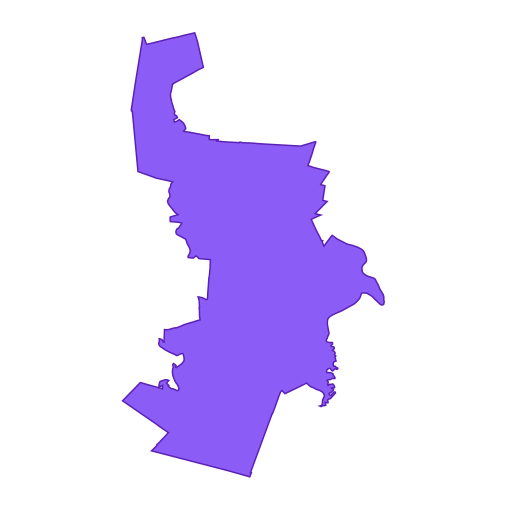 Schitu, Giurgiu, Romania, rotated 182°
{"feature_id": "2599482B69197751187645", "entity_name": "Schitu", "entity_type": "district", "adm_level": 2, "iso_a3": "ROU", "parent_name": "Romania", "parent_adm1": "Giurgiu", "projection": "natural_earth1", "projection_center": [25.835, 44.132], "detail": "fine", "context": "isolated", "style": "filled", "palette": "violet", "viewbox_px": 512, "rotation_deg": 182, "n_neighbors": 0, "source": "geoboundaries", "source_scale": "gbopen_adm2", "svg_char_len": 6131}
<svg xmlns="http://www.w3.org/2000/svg" viewBox="0 0 512 512"><g transform="rotate(182 256 256)"><path d="M377.3,470.3L377.1,468.3L382.6,424.6L385.7,398.0L385.5,396.6L384.8,396.6L384.2,393.0L376.9,336.3L358.3,330.3L345.0,327.9L342.0,327.2L343.6,324.8L343.8,322.6L344.1,321.6L344.9,320.4L345.1,319.7L345.3,317.7L345.2,316.9L344.1,314.0L344.0,313.1L344.6,311.3L345.2,310.7L345.6,310.0L346.3,307.9L345.8,305.8L344.6,303.9L338.2,296.4L335.3,294.6L336.5,294.1L340.5,292.9L343.0,292.0L343.2,291.6L343.2,290.9L342.9,287.4L335.0,287.0L331.4,286.4L331.6,285.8L331.6,285.3L333.1,283.3L334.0,281.6L335.9,280.3L336.5,279.2L336.9,277.7L336.5,275.5L335.7,274.8L334.6,274.2L327.7,270.8L327.1,270.4L326.4,269.3L325.1,265.8L322.8,261.9L321.9,259.3L322.1,257.2L322.8,255.5L323.9,253.4L323.9,252.7L323.7,252.1L318.8,251.7L317.4,252.7L316.3,253.9L315.0,253.4L314.0,252.7L313.3,251.6L312.8,251.4L301.4,250.8L301.6,245.0L301.4,244.5L301.9,234.9L302.1,233.4L302.3,232.8L303.1,211.0L303.5,210.7L304.8,210.9L306.6,211.8L308.5,212.5L312.4,213.2L311.7,210.5L311.4,210.3L311.2,209.3L310.9,204.8L310.6,202.3L311.0,202.3L310.6,199.2L310.4,194.8L310.2,192.9L309.6,190.3L325.7,184.8L327.7,183.7L332.3,181.7L336.0,181.0L340.9,179.4L342.9,179.2L344.9,179.3L344.9,166.7L345.9,167.1L346.7,168.5L347.3,169.4L348.1,169.5L348.9,169.8L349.9,169.9L349.6,168.2L350.0,166.1L350.1,164.9L349.4,163.0L347.8,161.7L346.6,161.1L343.5,159.0L338.7,156.7L333.8,154.8L332.0,153.8L331.2,153.8L328.0,155.5L326.8,155.9L325.9,155.9L325.5,155.7L325.2,155.1L324.4,152.0L324.2,150.0L324.3,149.1L324.7,148.1L326.2,146.1L327.7,144.7L331.7,141.7L332.7,142.2L332.0,143.8L333.1,144.7L334.6,145.7L334.9,145.4L335.4,144.4L334.8,141.8L335.4,139.9L335.5,137.2L335.1,134.3L334.6,132.7L332.6,128.2L331.3,126.1L330.3,125.0L329.6,123.8L328.6,121.5L328.4,120.0L329.1,119.1L329.8,118.6L333.8,120.3L335.5,120.4L336.1,120.6L339.1,122.5L338.5,123.5L341.0,125.8L338.8,128.6L340.4,129.1L342.2,129.2L343.5,128.8L347.2,127.4L347.8,126.7L348.4,123.9L348.5,121.7L346.3,122.6L344.8,123.4L344.8,120.0L367.2,125.5L384.3,106.6L349.1,84.1L347.2,82.7L337.4,76.4L343.2,69.6L343.3,69.7L345.9,66.6L348.4,64.1L348.2,64.0L349.1,62.4L353.6,57.6L275.7,40.3L254.5,35.1L253.1,39.2L254.0,39.2L234.4,98.8L234.1,98.8L232.0,104.8L227.9,117.8L226.9,120.5L226.0,122.0L225.4,122.5L222.3,119.4L203.6,129.3L201.2,130.7L199.3,129.4L197.9,128.1L196.8,127.3L193.7,126.2L191.8,125.1L187.6,123.8L185.1,122.5L184.3,121.8L183.9,121.3L183.0,119.6L182.8,119.1L182.9,118.2L184.5,114.3L184.5,111.3L184.9,109.4L185.4,108.8L187.1,108.3L185.9,107.8L185.0,108.0L184.0,108.7L181.6,109.0L181.0,109.3L181.6,111.6L181.6,112.0L179.4,111.8L178.8,112.0L179.3,114.3L178.9,115.2L178.0,115.7L176.9,115.9L171.8,121.8L172.0,122.5L172.3,122.9L172.8,122.9L173.4,122.7L175.4,120.4L176.1,119.2L176.4,119.1L176.9,119.4L178.1,120.4L178.3,121.0L178.2,121.3L176.3,122.1L175.3,123.4L174.2,124.3L173.9,124.6L173.9,125.0L174.0,125.3L174.9,126.1L176.0,126.4L176.1,126.7L175.8,126.8L173.3,126.9L172.9,127.2L172.9,127.7L173.0,128.5L174.0,130.1L174.8,130.8L177.3,130.2L177.8,130.4L178.2,130.3L178.6,130.0L179.1,129.3L179.5,129.2L179.8,129.7L179.9,130.5L179.5,131.7L179.4,132.7L180.0,133.5L180.7,134.1L179.7,134.8L177.3,135.1L175.5,136.3L173.2,136.2L172.8,136.4L172.8,136.8L173.3,138.0L174.8,139.9L174.9,140.8L175.6,141.4L177.5,142.0L178.8,141.9L179.8,142.2L180.9,141.9L181.1,142.0L181.5,142.8L181.5,143.4L181.0,144.7L180.6,145.3L179.5,146.1L178.2,146.2L177.2,145.3L176.1,144.0L175.7,143.8L175.0,144.1L173.8,145.4L172.8,146.1L171.3,145.6L170.7,145.7L170.4,146.1L170.3,146.7L170.6,147.0L172.1,147.6L173.0,148.6L173.3,148.7L174.7,148.5L174.9,149.0L175.1,151.2L174.9,152.2L174.0,153.1L173.1,153.6L172.5,153.6L172.3,153.8L172.8,154.9L172.9,156.2L173.5,157.2L173.4,157.8L172.9,158.3L172.8,159.0L173.9,159.7L174.0,160.0L173.5,161.6L173.5,161.8L174.4,163.3L175.0,163.7L175.9,164.1L176.3,164.4L174.6,166.1L174.6,166.9L174.9,167.7L175.3,168.0L177.5,168.2L177.9,168.6L177.8,169.0L177.4,169.8L176.4,170.6L176.4,170.9L176.6,172.1L176.9,172.3L178.7,172.1L179.5,172.1L181.7,172.5L182.4,173.1L182.7,173.6L182.9,174.5L182.7,175.1L182.0,175.9L181.8,177.0L181.1,179.2L180.8,179.5L180.4,180.7L180.4,182.3L180.8,183.3L182.2,189.7L182.4,191.8L182.2,195.0L181.2,196.9L180.0,198.1L178.0,199.5L173.0,202.1L169.1,203.8L156.7,211.2L154.6,212.9L151.8,216.0L150.6,218.1L149.9,220.0L149.8,221.1L149.2,222.2L148.5,222.7L147.3,222.9L144.4,222.7L143.3,222.4L139.7,220.4L138.0,219.2L137.0,218.1L130.6,212.4L129.1,211.5L128.4,211.4L127.4,211.7L126.7,212.2L126.5,213.2L126.3,215.2L126.8,216.9L126.8,219.5L127.5,221.9L131.0,227.2L133.0,231.7L134.4,233.8L136.0,236.9L137.0,237.7L137.9,238.1L143.2,239.6L145.0,240.3L147.7,242.1L148.8,243.1L149.2,243.9L149.7,247.0L149.6,248.7L148.8,250.5L145.9,253.8L145.4,255.3L145.6,257.5L146.6,260.2L147.9,263.4L149.0,265.0L150.8,266.4L154.3,268.2L160.1,270.0L163.9,270.7L166.3,271.5L175.3,275.8L180.6,279.3L181.7,278.0L188.4,268.3L190.2,271.9L190.3,272.8L189.8,273.6L190.5,273.8L191.0,273.7L191.3,273.9L193.1,277.5L196.9,284.2L201.5,293.4L202.0,294.6L194.5,298.4L192.7,299.2L198.4,300.4L186.8,313.0L190.6,313.8L191.2,314.1L189.5,328.6L193.8,329.6L193.3,330.7L187.3,340.2L186.2,341.7L185.8,342.7L186.2,343.1L202.5,346.7L203.6,347.2L207.3,348.1L205.4,353.7L203.1,361.7L202.5,364.4L200.3,371.7L200.2,372.0L200.4,372.3L201.1,372.2L215.2,367.4L251.8,368.2L258.7,368.4L262.8,368.7L272.0,368.7L274.2,368.8L275.0,369.2L275.4,369.1L276.3,369.2L276.5,368.7L289.1,368.9L299.5,369.5L299.4,370.0L298.0,370.3L297.8,371.0L302.5,370.8L304.2,370.6L306.9,371.0L306.8,374.5L310.3,374.8L325.6,377.2L331.8,377.9L332.7,378.2L330.7,380.8L330.7,381.4L332.0,384.6L332.8,385.8L334.4,387.5L337.1,389.4L337.4,389.6L339.5,388.1L342.1,386.9L343.0,389.4L340.2,390.9L339.3,391.5L340.0,392.9L340.3,393.3L340.8,393.7L341.5,393.6L341.8,393.8L342.5,395.6L342.5,396.6L342.1,397.6L342.7,398.4L345.4,406.3L346.0,408.4L346.0,409.3L346.4,409.9L346.8,411.3L347.2,414.9L346.3,418.7L345.4,424.9L344.8,425.0L344.1,425.8L325.9,436.5L320.7,439.8L315.2,442.7L322.0,468.4L325.0,476.9L335.4,474.1L341.6,472.2L346.4,471.1L372.6,463.7L373.0,464.4L375.7,470.6L377.3,470.3Z" fill="#8b5cf6" stroke="#5b21b6" stroke-width="1.5"/></g></svg>